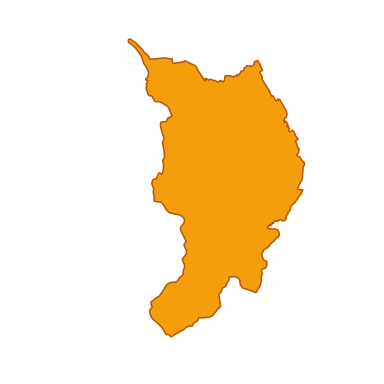 the district of Bozovici, Caras-Severin, Romania, rotated 197°
{"feature_id": "2599482B43426920958280", "entity_name": "Bozovici", "entity_type": "district", "adm_level": 2, "iso_a3": "ROU", "parent_name": "Romania", "parent_adm1": "Caras-Severin", "projection": "robinson", "projection_center": [21.961, 45.006], "detail": "fine", "context": "isolated", "style": "filled", "palette": "amber", "viewbox_px": 384, "rotation_deg": 197, "n_neighbors": 0, "source": "geoboundaries", "source_scale": "gbopen_adm2", "svg_char_len": 6051}
<svg xmlns="http://www.w3.org/2000/svg" viewBox="0 0 384 384"><g transform="rotate(197 192 192)"><path d="M297.3,319.1L297.1,317.6L296.4,316.6L294.5,316.1L289.6,313.9L286.1,311.8L282.9,309.4L279.9,306.7L275.6,300.8L274.9,300.0L273.0,298.6L269.7,295.4L268.4,293.0L268.1,291.6L268.0,289.6L268.2,288.0L269.0,287.0L269.2,286.5L269.0,285.8L266.9,285.6L266.8,284.3L267.2,283.3L267.3,282.3L267.0,281.4L266.5,280.6L266.2,279.3L266.4,278.2L265.8,277.0L262.8,273.1L262.4,272.2L261.1,271.6L259.1,272.1L258.0,271.6L254.5,268.2L253.6,267.8L252.6,267.9L250.4,268.7L248.8,268.8L241.2,267.1L240.0,266.5L239.0,265.4L237.5,264.3L234.7,260.3L233.7,259.4L233.6,258.6L234.9,257.2L236.5,255.9L236.8,254.9L237.0,252.0L240.3,250.6L242.2,249.5L242.2,248.8L241.8,246.9L241.0,245.0L237.1,238.7L235.9,237.3L234.8,235.9L234.4,234.7L234.4,233.6L234.8,231.9L234.5,230.2L233.1,227.8L231.8,225.0L230.4,222.3L229.5,219.9L228.5,217.6L228.5,216.5L229.2,214.0L228.9,212.5L228.1,211.6L226.8,208.7L226.0,205.2L225.7,201.0L226.2,200.2L227.5,200.6L229.1,200.7L229.6,198.9L229.9,195.6L230.1,194.3L232.5,192.9L233.1,191.5L233.0,188.5L232.1,187.0L230.5,185.1L229.6,183.5L229.2,182.1L229.1,180.6L227.4,177.6L225.7,172.8L225.4,172.2L220.6,172.7L219.2,173.2L218.0,172.9L215.6,171.5L213.9,170.0L212.5,168.3L208.8,166.0L206.9,165.6L206.1,165.6L204.4,166.0L203.5,165.8L202.5,165.7L201.1,166.1L200.4,165.9L198.3,166.5L194.3,165.9L191.8,164.3L190.7,161.6L190.9,159.3L191.4,157.9L192.1,156.6L192.5,155.3L192.5,154.0L192.0,152.8L190.8,151.2L183.5,143.5L183.4,142.0L184.1,140.1L184.2,138.9L183.8,138.3L180.8,135.1L180.0,134.0L179.5,131.9L179.5,130.7L181.5,125.6L181.6,124.7L181.2,123.9L178.4,120.9L177.4,118.9L177.2,116.2L177.3,113.7L176.8,111.4L176.7,109.9L177.0,109.3L177.6,108.6L178.6,107.0L179.8,103.0L180.6,101.8L182.0,100.8L184.8,99.7L186.9,98.5L188.7,96.6L189.2,95.7L190.9,89.1L192.7,83.2L196.1,79.2L199.0,74.6L198.8,73.5L198.6,73.1L197.9,72.1L197.0,71.3L196.5,70.0L197.9,66.7L197.1,64.1L194.4,60.6L192.5,59.1L186.0,56.3L180.3,53.1L175.7,48.7L174.6,48.3L173.0,48.6L172.2,48.5L169.7,47.5L169.0,47.9L166.4,51.2L164.2,53.2L162.5,55.4L160.0,57.5L157.9,61.0L156.4,62.2L152.2,64.4L152.5,66.2L151.9,67.3L149.4,69.9L148.6,72.6L148.8,73.0L148.8,73.3L148.6,73.6L143.6,75.3L139.7,77.0L137.7,78.0L135.9,80.3L135.5,80.9L134.9,83.1L134.0,84.9L133.8,86.2L131.6,90.1L131.4,91.3L132.0,93.1L133.7,95.9L135.1,99.6L136.2,101.3L136.5,102.2L135.0,104.3L135.0,106.0L134.8,106.6L135.1,108.5L133.3,110.4L131.9,112.2L131.9,113.6L132.2,115.0L132.1,115.6L131.8,116.4L131.1,117.1L131.0,117.6L131.0,119.0L131.4,121.5L130.9,121.6L130.1,122.3L128.8,122.8L126.4,123.4L125.3,123.6L123.4,123.4L122.3,123.0L120.3,121.3L120.2,120.9L119.9,120.9L119.9,119.9L119.7,119.3L118.5,117.3L116.6,115.7L115.7,115.2L114.4,114.8L107.8,115.0L106.7,114.7L104.5,114.8L102.3,114.3L101.4,114.6L100.6,116.9L100.4,118.7L99.8,121.1L99.8,121.8L99.3,123.5L99.3,124.4L99.7,125.8L99.7,126.9L99.6,128.2L100.2,129.0L101.0,131.1L101.0,132.3L100.6,133.9L100.8,134.5L101.8,135.6L102.4,136.6L102.6,137.2L102.6,137.9L102.2,138.7L101.9,139.1L99.4,140.9L99.2,141.5L99.3,141.9L99.2,142.7L99.2,144.4L99.9,146.1L100.1,147.4L102.3,147.7L103.8,148.2L104.9,149.3L106.7,152.4L107.3,153.2L107.1,154.0L106.5,155.6L106.7,157.2L103.7,160.8L102.5,162.7L101.8,165.1L100.5,167.5L99.3,168.9L98.7,169.4L98.9,170.2L98.8,170.7L97.9,172.6L97.2,173.5L96.0,174.0L96.2,175.1L96.1,176.2L96.2,177.5L98.1,180.1L98.9,180.6L99.6,180.8L100.8,181.0L102.3,181.0L103.1,180.6L104.0,179.9L107.3,179.5L109.1,179.6L109.4,180.1L109.6,181.0L108.8,181.8L107.2,183.0L107.4,183.6L108.1,183.7L108.0,183.9L106.7,183.9L106.2,184.1L106.0,184.8L106.4,186.2L106.0,186.3L105.2,186.0L104.9,186.0L104.8,187.7L104.4,188.4L102.7,188.7L102.3,189.2L101.4,189.0L101.3,190.0L99.4,191.2L96.9,191.0L96.1,191.4L95.4,191.5L95.1,191.7L94.2,193.7L94.4,195.2L94.9,196.7L93.8,199.3L94.2,200.8L93.5,201.9L92.8,204.0L93.4,207.4L92.2,209.1L91.9,210.1L91.3,210.7L90.9,211.3L90.4,212.3L90.4,213.3L89.9,213.9L89.4,215.2L88.7,218.1L88.2,218.8L86.7,224.3L86.7,226.2L88.5,226.1L89.7,225.5L90.2,225.6L90.6,225.9L91.4,225.5L92.1,226.3L92.1,228.0L90.4,235.8L90.7,239.0L91.8,242.9L92.6,246.8L92.8,248.7L92.5,250.8L93.1,252.8L94.6,253.7L96.2,254.4L98.9,256.9L100.8,257.1L102.6,257.7L101.5,261.2L101.8,262.3L102.3,263.3L102.0,264.0L102.3,264.5L103.8,265.4L105.6,267.7L106.1,268.9L107.8,270.6L107.6,271.3L106.1,273.5L106.7,274.4L108.5,275.3L109.7,276.3L111.8,279.1L113.3,280.2L114.0,280.3L114.7,279.3L115.6,278.5L116.2,278.3L117.1,278.5L117.8,279.2L117.6,280.1L117.2,280.9L117.4,281.1L118.2,281.8L118.7,282.6L119.5,282.3L120.5,282.4L120.2,283.1L119.6,283.6L120.3,284.8L121.5,285.8L122.5,287.1L123.4,286.9L123.6,286.1L124.0,285.5L124.6,286.2L125.1,288.0L124.8,289.6L123.8,291.0L123.8,292.3L123.6,293.7L124.8,295.9L126.8,298.6L128.4,299.6L133.1,304.0L134.1,305.0L134.4,305.7L135.1,306.2L137.0,306.0L136.3,304.9L138.5,303.9L142.8,307.7L143.7,307.1L146.7,309.8L146.7,310.5L158.0,320.3L158.1,322.0L162.5,326.4L160.2,328.9L164.2,333.8L167.2,336.5L167.4,336.1L168.5,336.5L169.8,335.4L170.2,334.9L170.2,333.7L170.4,333.3L170.4,332.9L169.9,332.1L169.9,331.4L170.9,330.5L171.3,329.9L173.2,329.1L174.0,329.3L174.8,329.3L176.7,328.5L177.1,327.2L177.9,326.1L178.4,325.2L178.1,324.3L178.1,323.4L178.6,322.6L179.2,322.0L180.4,322.0L180.4,321.0L180.7,320.5L180.6,320.2L181.1,317.9L182.4,317.9L183.3,317.3L182.8,316.5L182.8,316.1L184.4,315.6L185.1,315.5L185.8,314.6L186.8,314.0L188.8,314.3L190.8,314.2L192.6,313.1L193.8,313.1L194.3,312.4L193.8,309.1L193.8,307.6L194.8,306.3L196.6,307.0L197.4,306.9L199.6,304.7L200.4,304.7L202.3,305.4L203.7,305.1L204.4,304.7L205.3,305.1L207.3,305.2L207.7,305.1L208.7,303.8L211.6,304.8L212.4,304.1L211.3,303.4L212.2,302.1L221.1,309.4L223.1,311.3L223.5,311.9L224.0,312.2L224.5,312.8L225.7,313.7L227.1,314.0L233.1,314.7L237.1,315.5L237.2,315.0L239.8,313.2L247.8,309.3L248.7,310.8L249.8,313.3L257.3,312.3L267.4,308.1L269.9,307.2L271.2,307.0L271.7,307.6L273.3,309.1L275.7,310.4L276.3,311.0L277.6,311.0L281.4,313.8L287.8,317.2L289.1,318.2L291.3,318.7L295.8,320.3L297.3,319.1Z" fill="#f59e0b" stroke="#b45309" stroke-width="1.5"/></g></svg>